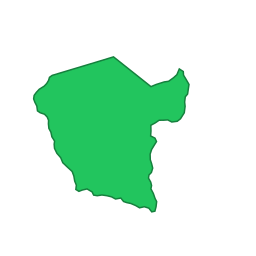 Poloni, São Paulo, Brazil, rotated 148°
{"feature_id": "56859067B23679759476015", "entity_name": "Poloni", "entity_type": "district", "adm_level": 2, "iso_a3": "BRA", "parent_name": "Brazil", "parent_adm1": "São Paulo", "projection": "mercator", "projection_center": [-49.819, -20.742], "detail": "fine", "context": "isolated", "style": "filled", "palette": "green", "viewbox_px": 256, "rotation_deg": 148, "n_neighbors": 0, "source": "geoboundaries", "source_scale": "gbopen_adm2", "svg_char_len": 1312}
<svg xmlns="http://www.w3.org/2000/svg" viewBox="0 0 256 256"><g transform="rotate(148 128 128)"><path d="M53.2,150.9L58.3,147.3L62.7,146.5L68.8,146.1L72.9,147.9L81.1,150.0L86.6,150.9L102.6,196.0L127.4,202.7L164.4,212.8L167.7,212.6L170.2,210.4L173.4,208.8L176.9,207.9L182.7,207.9L186.8,206.8L190.3,205.4L192.6,202.7L193.3,199.3L193.7,194.9L195.7,190.5L194.4,187.5L191.5,183.9L190.7,180.2L191.3,176.6L193.3,173.7L195.3,169.6L195.6,165.3L197.2,160.9L197.2,155.8L199.2,153.4L201.1,149.7L201.7,144.2L200.8,138.5L201.7,133.1L200.3,127.7L198.4,120.7L199.4,115.9L201.3,111.3L202.1,106.9L204.8,103.5L203.2,100.3L199.6,99.6L195.0,98.0L192.3,92.8L192.7,89.3L190.0,86.9L185.6,85.0L181.7,81.7L178.4,78.3L176.2,74.4L171.2,72.4L170.7,68.0L168.6,65.4L165.6,62.5L162.6,58.2L160.5,54.2L155.9,52.6L152.8,49.0L152.3,44.3L149.3,43.2L146.0,46.3L142.7,50.4L142.4,53.9L141.2,59.1L140.8,64.3L138.5,66.7L137.4,70.1L137.2,74.6L135.2,77.0L131.7,77.9L128.3,80.9L126.9,85.2L125.9,89.3L123.1,94.1L119.3,97.3L114.7,99.6L111.0,101.4L110.5,105.1L113.0,109.3L110.1,113.3L107.2,118.2L102.3,117.9L97.5,118.1L93.9,115.9L90.0,113.8L87.7,109.9L82.7,107.6L78.6,108.0L72.2,111.1L68.1,116.1L66.2,120.0L62.9,124.1L59.5,125.2L56.2,129.1L53.2,132.6L53.0,137.8L52.9,143.4L51.2,146.6L53.2,150.9Z" fill="#22c55e" stroke="#15803d" stroke-width="1.5"/></g></svg>